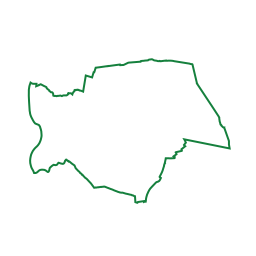 outline of Etten-Leur, Noord-Brabant, Netherlands, rotated 278°
{"feature_id": "6326949B83094148172558", "entity_name": "Etten-Leur", "entity_type": "district", "adm_level": 2, "iso_a3": "NLD", "parent_name": "Netherlands", "parent_adm1": "Noord-Brabant", "projection": "robinson", "projection_center": [4.64, 51.576], "detail": "fine", "context": "isolated", "style": "outline", "palette": "green", "viewbox_px": 256, "rotation_deg": 278, "n_neighbors": 0, "source": "geoboundaries", "source_scale": "gbopen_adm2", "svg_char_len": 5390}
<svg xmlns="http://www.w3.org/2000/svg" viewBox="0 0 256 256"><g transform="rotate(278 128 128)"><path d="M159.4,25.2L158.8,25.1L157.4,24.8L156.2,24.6L155.0,24.5L154.1,24.5L152.9,24.5L152.0,24.5L149.8,24.8L146.0,25.3L140.1,26.4L131.4,28.2L129.9,28.7L128.8,29.0L127.3,29.6L125.2,30.8L122.3,32.9L120.8,34.1L120.0,35.0L119.6,35.4L119.4,36.0L118.8,38.5L118.5,39.4L117.3,40.5L116.6,40.9L115.6,41.3L114.7,41.8L113.4,42.3L112.6,42.6L109.4,43.3L108.2,43.5L106.9,43.5L104.6,43.3L103.9,43.2L102.6,42.9L101.1,42.5L100.1,42.1L98.7,41.4L97.3,40.5L95.6,39.1L94.3,38.2L92.1,37.0L90.4,36.4L88.3,35.8L86.4,35.6L84.5,35.5L82.1,35.6L79.6,36.1L77.5,36.9L75.5,37.8L74.2,38.7L72.7,39.9L71.1,40.9L70.4,41.2L70.4,41.8L70.6,42.7L70.6,42.8L70.8,43.2L71.2,43.8L71.4,44.1L72.3,44.9L73.0,45.4L73.6,46.0L74.2,46.8L74.4,47.4L74.6,47.9L74.8,48.9L74.9,50.9L74.8,51.1L74.7,51.9L74.5,52.4L73.4,54.4L73.3,54.7L73.3,54.9L73.4,55.1L73.7,55.4L74.3,55.7L75.2,55.9L76.8,56.0L77.4,56.1L77.9,56.3L78.1,56.5L79.7,57.8L81.0,59.2L81.1,59.3L81.2,59.6L81.1,61.1L81.2,61.6L81.3,62.0L81.8,62.8L82.1,63.0L82.7,63.3L83.6,63.8L83.9,64.0L83.9,64.4L83.5,66.5L83.4,68.2L83.5,68.6L83.6,68.9L83.9,69.3L84.3,69.6L84.7,69.8L86.7,70.3L86.9,70.3L87.1,70.5L87.5,70.7L88.0,71.0L88.1,71.5L87.9,71.7L87.6,72.1L87.3,72.4L86.6,73.8L86.9,73.9L86.8,74.1L86.6,74.7L84.8,77.6L83.5,80.2L83.3,80.3L83.2,80.4L80.9,81.8L78.5,84.8L77.8,86.0L77.6,86.2L76.7,87.0L76.5,87.4L76.4,87.9L76.2,88.2L76.0,88.4L75.2,89.0L75.1,89.4L75.2,89.5L74.9,90.0L74.4,90.4L74.0,90.9L73.9,91.1L73.5,91.6L73.2,91.9L72.7,92.6L72.5,92.9L72.3,93.5L71.7,94.4L71.4,94.8L70.9,95.4L70.3,96.1L68.0,99.0L64.1,102.8L64.2,103.1L64.6,104.2L64.5,104.5L65.1,106.4L65.2,106.9L65.2,107.2L65.4,107.5L65.5,108.2L65.7,108.6L65.8,108.8L65.8,109.2L65.9,109.7L65.9,109.9L66.2,110.5L66.2,111.0L66.3,111.5L66.6,112.1L66.6,112.7L66.7,112.9L66.7,113.2L66.5,113.7L66.4,114.1L66.3,114.8L66.0,115.8L65.8,116.9L65.6,117.6L65.5,118.2L65.2,119.2L65.1,120.0L64.9,120.9L64.8,121.4L64.3,123.0L63.6,126.1L63.5,126.5L63.4,126.8L63.2,128.2L63.1,128.5L63.0,130.1L63.0,130.4L63.1,130.9L63.2,131.8L63.1,132.3L62.7,134.9L62.6,136.6L62.3,139.5L62.3,140.3L62.2,141.0L61.9,141.4L61.9,142.6L61.6,143.3L61.2,144.0L61.3,144.4L60.6,144.6L55.6,145.6L55.3,147.1L55.3,147.6L55.7,147.6L56.1,148.2L57.8,153.9L57.0,154.1L57.4,154.8L57.5,155.7L58.3,155.6L58.4,155.8L60.4,155.7L62.0,155.8L63.5,156.0L64.9,156.2L65.8,156.5L67.6,157.0L69.5,157.7L71.0,158.4L73.2,159.9L77.8,163.2L78.3,163.7L78.5,164.0L79.1,165.3L79.3,165.5L79.6,165.9L80.0,166.3L80.5,166.6L81.0,166.8L81.5,167.0L83.1,167.5L83.7,166.3L84.0,166.1L84.3,166.2L86.9,167.1L88.7,167.7L90.7,168.2L92.7,168.5L95.5,169.0L95.8,168.9L96.7,169.0L97.0,169.0L97.7,169.3L97.7,169.2L99.2,169.4L101.2,169.5L103.2,169.8L103.2,169.6L103.3,169.6L104.0,175.2L104.1,175.3L104.5,177.9L104.7,178.3L105.7,178.3L106.3,177.1L106.6,177.4L108.8,179.7L110.5,178.8L110.6,178.7L110.7,178.8L112.6,183.8L112.8,184.3L113.0,184.5L114.4,183.9L117.9,187.2L118.4,186.4L118.6,186.1L119.0,185.8L121.5,187.3L121.6,187.2L122.3,186.8L123.0,186.5L124.6,185.3L122.8,216.2L121.9,231.5L125.9,230.2L126.2,230.2L128.9,229.8L129.3,229.7L139.7,224.3L141.0,223.6L141.3,223.5L141.4,223.4L141.7,223.2L141.8,223.2L141.7,222.9L141.6,223.1L142.0,222.0L143.0,220.7L143.2,220.4L143.3,220.2L143.6,220.1L144.0,219.9L144.1,219.5L144.3,219.4L144.4,219.1L144.9,218.9L145.7,218.6L146.5,218.3L147.1,217.9L147.6,217.8L149.2,217.3L150.0,217.1L150.9,216.9L151.1,216.9L151.9,216.2L151.8,216.4L159.8,209.4L181.5,190.2L181.6,190.3L182.0,190.0L199.9,183.0L200.1,182.8L200.1,180.9L200.2,180.3L200.3,180.1L200.6,164.3L200.7,163.6L200.7,162.2L200.7,161.9L200.4,159.1L200.0,157.3L200.0,156.8L199.9,156.4L200.1,156.3L199.0,152.2L198.9,152.0L198.6,150.6L198.8,150.4L198.8,150.2L198.7,150.2L198.5,149.0L198.4,148.5L198.4,147.8L198.6,147.2L198.6,144.8L198.7,144.2L199.3,142.7L199.4,142.1L198.7,139.6L198.5,139.1L198.2,138.7L197.8,138.4L197.7,138.1L197.1,135.3L196.8,134.4L196.3,132.1L196.1,131.7L196.0,131.4L195.5,131.4L195.4,131.3L195.4,131.2L195.2,130.2L193.3,121.7L192.9,119.8L192.6,119.0L190.7,116.2L189.8,114.8L189.4,112.8L189.1,111.4L189.3,111.1L189.7,111.0L188.8,107.8L186.4,99.3L186.5,99.3L184.3,91.7L183.2,87.6L182.3,87.5L182.1,87.4L178.8,86.9L178.4,86.7L178.4,86.2L173.1,85.4L174.1,78.9L157.8,78.5L158.4,76.2L158.4,75.7L158.3,75.3L158.5,75.0L158.5,74.8L158.6,74.6L158.6,74.2L158.8,73.9L158.9,73.6L158.7,73.2L158.7,72.9L158.7,72.7L158.8,72.5L158.9,72.3L158.4,71.5L158.2,71.0L158.3,70.8L158.4,70.5L158.4,70.3L158.1,69.8L157.4,69.7L156.8,69.7L156.3,69.2L155.9,68.9L155.2,68.7L154.6,68.3L153.5,68.2L153.8,67.7L154.2,67.3L154.3,67.1L154.4,66.8L154.4,66.3L154.1,65.0L154.3,64.6L154.3,64.3L154.2,64.3L154.1,64.1L153.9,63.9L153.5,63.8L153.0,63.9L152.8,63.8L152.4,63.4L151.8,62.7L151.7,62.5L151.3,59.6L151.2,59.4L151.1,59.1L150.4,58.1L150.4,57.9L150.6,57.2L150.7,56.8L150.7,56.6L150.5,55.8L150.2,54.9L150.1,54.1L149.6,52.9L149.7,52.3L149.7,51.9L149.5,51.0L149.6,49.6L149.8,49.5L151.0,49.2L151.7,49.0L152.0,48.8L152.5,48.4L152.7,48.1L152.8,47.9L152.8,47.7L152.7,47.3L152.7,46.6L152.8,46.5L153.3,45.9L153.5,45.5L153.6,45.1L153.8,45.0L154.3,44.6L154.7,44.2L155.2,43.2L156.0,42.0L156.6,41.8L156.8,41.7L157.1,41.4L157.3,41.0L157.9,39.0L159.0,36.0L159.1,35.7L159.1,35.2L158.5,34.5L158.3,33.9L158.0,33.8L157.7,33.3L156.6,31.3L157.8,31.3L158.6,31.2L159.0,31.2L158.6,28.2L158.6,27.7L158.6,27.4L158.7,26.7L159.4,25.2Z" fill="none" stroke="#15803d" stroke-width="2"/></g></svg>